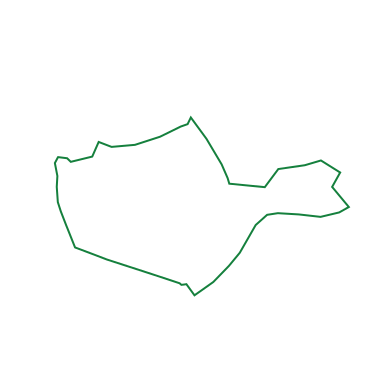 Mangalmé, Guéra, Chad (Albers equal-area conic projection), rotated 229°
{"feature_id": "50815135B54463089232866", "entity_name": "Mangalmé", "entity_type": "district", "adm_level": 2, "iso_a3": "TCD", "parent_name": "Chad", "parent_adm1": "Guéra", "projection": "albers", "projection_center": [19.561, 12.316], "detail": "fine", "context": "isolated", "style": "outline", "palette": "green", "viewbox_px": 384, "rotation_deg": 229, "n_neighbors": 0, "source": "geoboundaries", "source_scale": "gbopen_adm2", "svg_char_len": 802}
<svg xmlns="http://www.w3.org/2000/svg" viewBox="0 0 384 384"><g transform="rotate(229 192 192)"><path d="M112.4,126.1L110.1,149.0L112.0,171.3L114.8,188.2L119.6,202.0L125.3,218.4L125.5,233.7L119.7,242.9L105.0,257.9L88.9,272.7L80.0,289.7L77.8,300.5L103.9,301.1L109.5,316.6L131.2,310.0L138.2,294.7L152.7,272.2L147.9,250.1L173.8,225.6L179.1,228.0L193.4,232.5L222.6,237.8L249.0,240.0L246.1,233.2L248.8,226.4L254.7,204.1L265.0,179.9L278.8,160.9L291.0,154.4L284.2,140.0L284.2,139.9L294.3,120.3L299.4,119.9L306.2,113.8L306.2,113.7L303.8,107.5L292.4,100.9L284.6,93.3L272.4,84.1L263.5,80.3L249.4,75.2L245.9,74.0L227.0,67.4L226.8,67.4L210.9,76.0L197.0,83.4L156.1,108.0L131.2,122.8L130.2,122.9L128.9,123.1L127.5,125.1L126.1,127.3L112.4,126.1L112.4,126.1Z" fill="none" stroke="#15803d" stroke-width="2"/></g></svg>